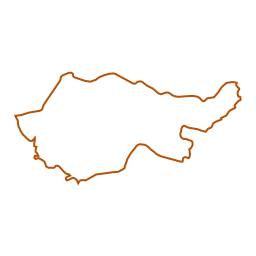 an SVG outline of Dihok
{"feature_id": "IRQ-3046", "entity_name": "Dihok", "entity_type": "Province", "adm_level": 1, "iso_a3": "IRQ", "parent_name": "Iraq", "parent_adm1": "", "projection": "mercator", "projection_center": [43.4, 37.034], "detail": "fine", "context": "isolated", "style": "outline", "palette": "amber", "viewbox_px": 256, "rotation_deg": 0, "n_neighbors": 0, "source": "natural_earth", "source_scale": "10m", "svg_char_len": 3182}
<svg xmlns="http://www.w3.org/2000/svg" viewBox="0 0 256 256"><path d="M70.1,72.7L71.6,72.9L72.8,73.7L73.3,76.5L74.4,77.3L85.1,80.9L90.3,81.7L95.8,79.8L99.1,77.3L104.1,75.2L109.3,73.8L113.3,73.4L115.5,74.0L132.5,83.2L133.4,83.6L134.5,83.7L135.7,83.5L136.9,82.2L138.0,81.7L140.4,81.4L141.9,81.7L145.3,84.3L147.1,85.7L152.4,88.3L158.4,93.3L160.5,94.2L162.1,93.9L165.3,92.7L166.9,92.5L168.6,92.7L169.7,93.3L172.0,95.1L175.3,96.4L178.4,96.8L191.7,95.9L195.1,96.2L198.1,97.0L199.4,97.9L202.2,100.6L203.1,101.3L204.8,100.8L207.1,98.4L214.0,97.2L218.0,92.6L221.8,87.0L226.5,82.9L232.4,82.0L236.7,82.7L236.1,85.1L236.5,85.8L237.0,86.0L237.3,86.3L237.5,87.0L237.6,87.3L237.8,87.5L238.1,87.6L238.4,87.8L238.6,88.0L239.0,88.2L239.2,88.6L239.2,89.2L238.0,91.5L237.7,92.6L237.6,93.2L237.6,93.9L237.9,94.8L238.0,95.8L238.2,96.2L238.6,96.5L239.0,96.7L239.8,96.7L240.1,96.8L240.3,97.0L240.6,98.9L240.6,99.5L240.5,100.0L239.1,100.6L237.7,101.7L236.7,102.7L235.1,104.8L234.7,105.7L234.7,106.4L235.3,107.5L235.0,107.9L234.3,108.4L232.6,109.1L229.9,110.6L229.2,111.2L227.3,114.0L226.8,114.9L226.1,115.6L225.0,116.2L222.7,117.3L221.6,117.7L221.0,118.1L221.2,118.6L221.5,118.9L221.5,119.3L220.9,119.7L216.1,121.6L213.8,122.9L213.1,123.6L212.6,124.5L212.1,126.3L211.5,127.1L210.9,127.7L209.9,128.0L208.1,128.8L205.6,131.7L201.5,130.7L197.9,129.3L188.8,127.7L187.3,127.3L185.0,126.0L184.4,125.8L183.9,125.8L183.5,125.9L183.0,126.2L182.4,126.8L182.1,127.4L181.4,128.7L181.3,129.2L181.3,129.7L181.2,131.1L180.7,132.4L180.4,133.6L180.3,134.2L180.3,134.8L180.4,135.3L180.7,136.0L180.8,136.5L181.0,136.9L181.3,137.4L182.6,138.4L183.3,138.8L184.0,139.0L185.8,139.0L186.8,139.2L187.9,139.8L190.1,140.5L190.9,140.7L191.6,141.0L192.0,141.5L192.4,142.2L192.5,143.1L192.6,143.9L192.6,144.6L192.4,145.4L191.3,147.6L190.7,148.3L190.1,148.7L189.4,149.0L189.3,149.4L189.5,150.3L189.6,150.9L189.6,151.4L189.6,151.8L189.7,152.2L189.7,153.0L189.9,153.4L190.0,154.0L189.9,154.9L189.8,155.9L189.2,157.7L188.8,158.1L188.3,158.2L187.8,157.9L185.6,157.1L184.4,157.3L183.5,157.8L183.1,158.4L182.9,159.2L182.9,160.2L182.7,161.0L182.4,161.7L181.5,161.7L179.7,161.4L160.9,156.3L156.8,154.3L154.5,152.2L150.6,149.3L148.9,147.5L146.8,145.9L144.9,144.8L139.9,144.2L137.9,144.9L136.1,146.3L135.1,148.0L131.1,152.8L127.3,159.1L126.2,162.7L125.0,165.6L124.5,168.2L122.5,169.5L118.2,171.8L113.0,172.2L96.1,174.5L85.5,180.5L83.9,180.1L82.0,180.1L80.5,180.4L79.3,181.4L78.2,183.3L77.1,180.8L76.5,179.8L75.5,178.9L73.6,177.9L72.6,177.9L68.0,180.1L66.7,180.3L65.8,178.9L66.1,177.7L67.3,176.7L70.2,175.6L69.1,174.4L68.0,174.1L67.0,174.0L65.8,173.4L63.5,171.3L59.6,166.9L58.4,166.0L56.9,165.7L55.7,166.0L55.0,166.7L54.5,167.5L53.8,167.8L48.4,167.7L46.3,166.6L44.5,161.7L42.4,160.1L38.3,158.0L35.7,159.0L34.3,157.7L34.9,156.0L38.3,155.8L36.9,153.1L35.8,151.9L35.5,150.4L36.5,146.8L34.3,146.3L34.2,143.7L34.8,140.5L34.8,138.0L32.3,140.9L30.0,140.9L27.7,139.2L22.8,134.4L20.6,130.9L18.8,127.0L17.9,123.6L17.9,121.2L17.2,119.4L16.2,117.7L15.4,115.8L21.1,115.1L28.5,112.7L39.7,110.8L41.7,109.9L42.2,109.0L43.8,104.6L60.0,80.8L60.5,79.6L60.6,78.4L60.9,77.3L61.7,76.0L62.5,75.4L68.9,72.8L70.1,72.7Z" fill="none" stroke="#b45309" stroke-width="2"/></svg>